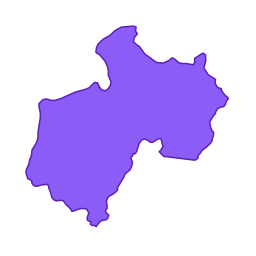 map outline of Edo (Mercator projection), rotated 187°
{"feature_id": "NGA-2861", "entity_name": "Edo", "entity_type": "State", "adm_level": 1, "iso_a3": "NGA", "parent_name": "Nigeria", "parent_adm1": "", "projection": "mercator", "projection_center": [5.875, 6.657], "detail": "fine", "context": "isolated", "style": "filled", "palette": "violet", "viewbox_px": 256, "rotation_deg": 187, "n_neighbors": 0, "source": "natural_earth", "source_scale": "10m", "svg_char_len": 2439}
<svg xmlns="http://www.w3.org/2000/svg" viewBox="0 0 256 256"><g transform="rotate(187 128 128)"><path d="M219.2,141.6L215.8,145.8L212.6,146.9L208.7,146.2L204.8,146.2L198.1,149.1L184.7,157.2L174.3,161.5L171.4,163.3L166.8,169.1L163.7,169.1L161.5,165.4L158.7,162.6L154.9,162.2L152.4,164.6L150.8,167.8L150.4,171.7L154.0,177.9L154.3,181.6L155.6,186.0L159.0,191.6L165.6,197.7L167.6,198.2L169.1,199.4L169.1,203.8L167.8,208.0L163.3,213.2L157.1,217.9L152.6,223.2L147.0,227.3L136.2,229.6L134.2,229.7L132.3,229.1L132.2,227.3L132.6,226.0L132.0,224.7L130.8,223.6L130.3,222.4L132.7,218.5L133.2,214.4L130.1,212.1L126.4,210.1L120.4,203.5L107.5,196.5L100.7,196.8L94.6,200.6L93.9,202.1L92.8,202.9L91.7,202.7L89.7,201.9L85.4,198.9L81.3,198.6L78.0,199.1L70.9,198.7L69.8,201.5L70.4,205.1L64.0,210.6L62.1,211.4L59.9,209.7L59.0,204.0L60.0,196.7L54.8,190.6L47.1,186.9L47.1,183.4L45.1,180.2L43.9,179.3L42.5,178.7L41.2,178.7L40.2,178.3L39.9,176.8L37.6,174.1L34.9,171.8L32.7,170.5L32.1,169.4L32.3,168.6L33.0,167.8L33.7,166.4L34.2,163.2L35.7,160.9L38.2,160.1L41.0,158.5L42.5,155.8L43.3,152.5L45.1,149.8L47.7,143.9L45.8,138.1L43.9,135.1L42.9,134.6L42.4,133.7L42.4,130.2L42.8,128.7L43.2,125.0L44.4,122.7L47.9,118.5L51.8,114.7L53.2,111.7L55.0,109.3L55.0,106.5L56.3,105.0L58.1,104.2L89.0,104.2L94.1,108.2L92.2,111.0L91.1,114.1L94.0,121.4L96.5,121.0L101.9,116.7L105.1,116.9L106.5,118.2L110.0,119.0L111.8,118.4L113.0,117.5L114.6,114.9L115.2,113.4L116.4,106.3L117.5,103.5L120.0,102.9L119.9,101.2L120.4,100.4L120.9,100.2L121.4,99.2L121.0,97.8L119.4,94.5L119.6,90.6L121.0,86.6L124.0,83.5L125.5,81.6L126.1,78.9L131.2,67.3L130.9,66.1L131.0,64.7L133.4,61.9L136.1,59.6L137.9,58.4L139.4,56.8L140.4,53.2L140.1,50.7L139.4,49.1L139.0,45.7L140.2,43.3L139.6,41.4L136.4,39.2L137.4,35.3L138.9,34.1L141.8,33.3L143.2,32.7L145.7,29.7L147.7,26.3L149.6,27.3L151.8,26.8L153.7,28.0L153.3,30.2L156.9,31.4L157.7,33.9L156.5,38.8L159.2,42.6L164.3,42.5L169.4,40.4L171.6,39.0L173.7,38.5L174.9,40.5L176.5,41.8L180.2,44.4L183.3,47.9L185.8,48.1L190.0,47.0L192.3,47.3L195.1,49.8L197.6,56.0L199.0,58.0L199.5,60.1L200.9,62.2L206.5,61.1L210.9,59.2L213.9,59.0L215.5,60.3L216.8,61.8L217.1,63.8L218.5,64.6L221.5,65.5L221.7,66.5L223.5,70.3L223.8,71.3L223.9,73.5L223.5,75.5L222.1,79.6L221.6,85.3L220.6,88.0L220.5,89.1L220.6,94.0L220.4,95.0L217.5,101.2L216.3,105.5L216.2,107.3L216.8,113.2L216.3,127.4L216.8,132.1L219.0,138.4L219.2,140.0L219.2,141.6Z" fill="#8b5cf6" stroke="#5b21b6" stroke-width="1.5"/></g></svg>